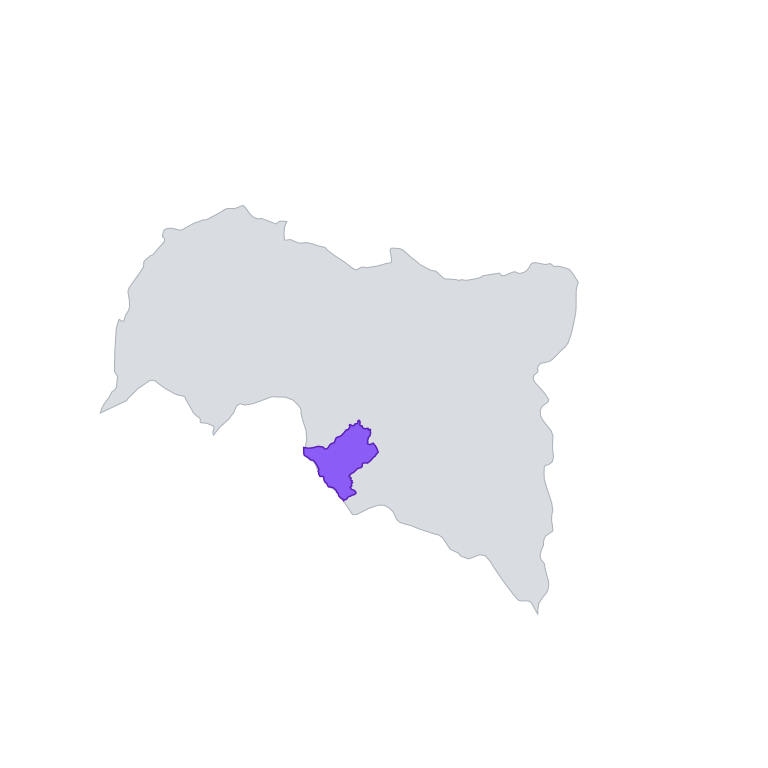 Basse-Kotto on a map of Central African Republic (Natural Earth projection), rotated 41°
{"feature_id": "CAF-794", "entity_name": "Basse-Kotto", "entity_type": "Prefecture", "adm_level": 1, "iso_a3": "CAF", "parent_name": "Central African Republic", "parent_adm1": "", "projection": "natural_earth1", "projection_center": [21.411, 4.979], "detail": "fine", "context": "in_parent", "style": "filled", "palette": "violet", "viewbox_px": 768, "rotation_deg": 41, "n_neighbors": 0, "source": "natural_earth", "source_scale": "10m", "svg_char_len": 7528}
<svg xmlns="http://www.w3.org/2000/svg" viewBox="0 0 768 768"><g transform="rotate(41 384 384)"><path d="M512.5,285.9L518.6,287.7L519.6,289.9L518.0,296.9L519.1,301.3L522.6,305.0L526.0,306.6L529.3,307.5L540.9,309.7L545.6,312.3L552.0,320.6L559.9,328.0L561.9,332.0L561.5,335.6L559.2,340.0L559.6,341.8L563.2,346.2L567.4,350.7L575.1,355.7L588.3,363.5L594.4,368.7L596.5,372.7L599.9,377.0L604.6,380.9L607.8,384.0L605.7,392.6L606.3,395.4L607.5,397.8L610.3,401.2L611.4,405.5L614.2,411.0L617.4,413.4L622.9,414.4L625.8,416.9L631.8,421.2L637.6,424.9L640.1,427.5L641.6,429.8L643.0,432.5L643.6,435.1L643.8,440.9L644.8,448.1L647.9,453.1L650.9,456.8L639.0,452.5L637.2,452.4L635.1,453.2L628.9,458.4L626.9,459.0L619.1,457.9L600.2,453.8L585.7,449.9L581.3,448.4L573.5,447.1L568.4,449.8L563.6,459.0L562.2,460.8L554.6,463.5L551.1,462.8L542.3,465.3L528.8,461.5L524.0,462.2L520.2,464.2L510.5,468.3L504.6,470.7L497.7,472.9L491.2,476.2L486.8,478.0L482.5,478.0L478.7,476.1L474.4,474.5L469.4,474.2L464.1,475.1L459.6,478.8L457.8,481.4L453.9,488.4L449.3,499.7L447.5,502.0L445.9,503.2L424.7,497.5L415.6,496.2L409.5,498.0L401.7,494.8L398.4,494.2L396.8,495.2L392.5,493.8L385.5,489.9L378.8,488.3L372.8,488.9L369.1,487.6L366.2,483.8L362.4,476.9L355.5,470.1L346.3,464.6L340.5,460.5L338.2,457.7L333.3,456.2L325.6,455.9L318.3,458.6L307.8,467.1L298.1,484.7L292.6,491.4L288.3,493.1L287.2,497.4L289.3,504.1L289.9,511.8L288.4,525.0L288.9,534.5L286.6,533.0L284.4,528.5L283.3,527.6L276.9,529.6L273.6,531.4L271.8,533.2L270.4,533.5L268.4,531.0L266.8,530.6L264.2,531.0L261.6,531.0L260.0,530.7L258.9,530.9L255.8,529.5L244.8,525.8L242.9,524.5L240.7,524.7L234.9,527.9L231.9,528.8L222.7,530.8L212.9,531.7L209.2,531.8L206.6,533.2L204.9,535.2L201.8,547.4L201.0,549.4L201.2,552.5L200.3,562.2L200.7,565.3L188.9,592.1L187.0,587.6L185.8,582.4L185.3,576.4L185.6,574.8L184.8,573.0L183.8,568.1L184.8,565.0L184.0,561.7L181.7,558.4L179.7,555.9L178.5,553.7L177.5,552.7L175.2,552.4L172.1,551.2L159.1,535.5L145.6,517.9L142.9,512.2L141.7,508.9L145.1,508.5L145.9,507.9L145.9,506.3L143.9,501.8L142.9,496.1L141.3,492.5L136.0,487.1L130.9,483.0L129.3,480.9L128.4,477.9L126.5,458.8L125.6,453.4L124.0,451.0L122.9,450.0L122.5,448.6L122.7,445.2L123.4,442.2L123.3,441.0L124.7,438.3L124.8,420.7L123.1,418.3L120.1,418.2L118.5,415.7L117.1,412.4L117.6,410.1L120.5,406.6L122.4,405.2L128.2,402.3L129.9,400.9L130.9,399.2L131.6,396.8L134.9,387.8L139.9,378.7L142.1,376.9L147.2,363.6L148.4,360.2L149.2,356.8L150.9,354.0L156.3,349.5L160.5,341.6L165.0,342.0L169.6,343.3L175.5,343.9L180.1,342.4L183.2,339.3L197.5,334.0L198.5,329.7L200.8,327.5L203.4,325.6L204.3,325.3L204.5,326.7L206.1,331.1L209.4,335.5L214.1,340.3L215.5,340.0L218.5,336.4L226.0,334.1L227.9,333.1L233.2,327.8L239.6,324.4L243.3,323.2L249.7,319.7L254.3,320.1L261.7,319.6L273.9,317.9L282.8,317.4L287.3,316.7L288.4,316.0L290.2,310.9L291.5,309.5L294.9,307.3L301.4,299.6L305.7,293.1L307.0,290.7L307.9,290.3L309.7,287.6L307.9,284.8L300.6,279.0L300.7,278.2L300.3,277.2L300.7,276.4L303.5,274.1L307.2,271.4L311.3,270.4L321.7,270.6L330.6,270.1L332.7,270.2L339.7,268.8L344.4,267.6L349.3,264.8L360.4,265.1L369.6,258.1L372.3,256.8L373.4,255.7L373.8,254.6L378.1,251.8L382.9,246.0L386.7,240.8L387.8,237.1L398.2,224.7L401.8,224.9L403.6,223.4L407.8,215.1L409.0,213.5L413.3,212.1L415.4,209.6L417.2,206.0L417.2,201.4L416.4,197.8L416.4,196.0L417.4,194.4L419.0,192.8L426.9,188.3L429.0,186.1L430.2,184.2L432.4,183.8L434.8,184.0L436.3,182.8L438.1,180.8L443.5,178.0L448.6,175.9L454.0,176.8L463.6,179.6L466.5,185.5L467.9,187.6L479.9,201.6L482.2,204.9L488.1,215.1L491.8,222.0L495.9,231.9L496.4,237.3L495.8,241.9L495.0,254.9L493.9,258.7L488.7,265.7L488.5,268.9L489.6,271.5L491.2,272.6L492.1,273.9L491.5,280.0L493.4,282.4L497.4,283.9L507.3,285.0L512.5,285.9Z" fill="#d9dde1" stroke="#a8b0b8" stroke-width="1"/><path d="M371.0,490.1L370.1,489.8L369.2,489.2L365.0,484.6L368.7,482.3L369.7,481.5L372.0,478.9L375.0,474.6L375.5,474.0L377.2,473.0L378.8,471.9L379.4,471.6L380.0,471.5L380.8,471.8L381.3,471.9L381.9,471.8L382.5,471.4L383.0,470.9L383.4,470.0L383.5,469.1L383.5,468.4L383.1,465.6L383.1,464.9L383.2,464.2L383.4,463.5L384.4,461.9L384.7,461.3L384.8,460.9L384.7,460.4L384.6,459.8L383.6,457.3L383.4,456.7L383.3,456.1L383.4,455.5L383.6,454.8L384.0,454.2L385.0,452.6L385.4,451.8L385.6,450.9L385.8,447.0L385.6,444.0L385.7,443.3L386.1,442.8L386.7,442.1L386.9,441.9L386.9,441.7L386.6,440.7L386.6,440.3L386.6,439.3L386.6,439.0L386.4,438.8L386.2,438.6L386.0,438.4L385.3,438.1L385.2,438.1L385.1,437.9L385.0,437.7L384.9,437.5L384.8,437.3L384.9,437.0L385.1,436.8L385.6,436.7L387.7,436.2L388.0,436.0L388.2,435.8L388.4,435.6L388.5,435.3L388.5,434.9L388.3,433.7L388.3,433.4L388.3,433.2L388.5,432.9L389.3,432.0L389.5,431.7L389.6,431.3L389.7,431.0L389.7,430.7L389.6,430.4L389.4,430.1L389.0,429.5L388.8,429.2L388.6,428.8L388.6,428.4L388.7,428.1L388.9,427.8L389.2,427.7L389.4,427.7L389.8,427.8L390.2,428.0L390.8,428.4L391.2,428.7L391.5,429.1L392.1,430.4L392.4,430.7L392.7,430.8L393.4,430.8L393.8,430.7L394.1,430.6L394.4,430.2L394.6,430.1L394.8,430.0L395.1,430.1L396.4,430.9L396.9,431.0L397.5,430.9L398.0,430.7L399.5,429.8L399.7,429.5L400.6,428.4L400.8,428.1L401.1,427.9L401.3,427.9L401.5,428.1L402.0,428.7L402.2,428.8L402.6,428.7L402.8,428.5L403.0,428.1L403.3,427.5L403.4,427.3L403.6,427.2L403.8,427.4L404.3,428.3L404.7,428.7L405.2,429.0L405.6,429.3L406.1,429.9L406.5,430.9L407.2,431.9L407.3,432.3L407.4,432.8L407.4,433.3L407.3,433.6L407.3,433.9L407.2,434.2L407.3,434.5L408.2,436.2L408.3,436.7L408.7,437.6L409.7,438.1L409.8,438.2L410.5,439.5L410.8,439.7L411.1,439.8L411.5,439.8L412.1,439.6L413.4,438.6L414.6,435.8L418.1,436.3L420.8,437.3L424.4,439.3L424.3,441.7L424.4,442.9L424.4,443.4L424.5,443.6L424.7,443.8L424.7,444.1L424.6,444.6L424.2,445.4L424.2,445.9L424.1,451.0L423.6,453.7L423.4,454.5L422.8,455.0L421.6,455.8L420.2,457.3L419.9,457.8L420.1,458.5L421.2,459.9L421.6,460.7L421.6,461.7L421.3,462.5L419.8,464.7L419.5,465.3L419.1,470.4L419.0,471.1L418.4,471.9L418.1,473.0L418.0,473.4L417.9,473.9L418.2,474.6L418.0,474.9L417.8,475.2L417.6,475.6L417.9,476.4L418.5,476.8L419.2,476.8L419.7,476.4L419.9,476.4L420.0,476.7L420.2,476.9L420.4,477.0L421.0,476.7L421.2,477.0L421.3,477.7L422.2,478.3L422.7,478.4L423.3,478.0L423.5,478.5L423.7,478.8L424.2,479.3L424.2,479.2L424.5,479.0L424.8,478.9L425.0,479.0L425.1,479.3L425.0,479.5L424.8,479.7L424.7,479.8L425.0,480.8L425.6,481.4L426.2,481.8L426.7,482.6L426.6,483.1L426.1,483.8L426.1,484.2L426.5,484.4L427.6,484.6L428.0,484.7L428.5,484.9L430.9,483.9L432.6,483.8L433.9,484.2L434.6,485.2L434.0,487.2L432.9,488.8L432.5,489.6L432.3,490.6L432.2,490.9L431.3,491.9L431.2,492.3L431.1,492.9L431.3,495.3L431.2,495.7L430.9,496.4L430.6,496.9L430.3,497.3L430.1,497.7L430.1,498.6L428.9,498.1L428.6,498.0L428.1,498.0L427.9,498.1L427.7,498.2L427.3,498.3L426.4,498.5L424.0,498.3L423.1,498.1L422.4,497.6L421.8,497.1L421.1,496.7L420.7,496.6L419.5,496.7L419.1,496.6L418.9,496.4L418.8,496.2L418.6,496.0L417.7,495.6L417.1,495.6L415.7,495.7L414.1,495.5L413.4,495.6L409.5,498.0L409.1,497.8L408.2,497.7L407.8,497.6L407.5,497.4L407.2,497.1L406.8,496.8L406.3,496.7L404.5,496.8L403.7,496.7L402.8,496.4L402.1,496.0L400.1,494.6L399.9,494.2L399.6,493.9L399.2,493.7L398.7,493.8L398.3,493.9L398.0,494.1L397.7,494.4L397.4,494.7L397.2,495.1L396.9,495.4L396.5,495.7L396.0,495.7L395.7,495.5L395.4,495.2L395.0,495.0L394.1,495.0L393.8,494.8L393.5,494.1L393.0,493.8L392.0,493.4L391.6,492.8L390.8,491.1L390.5,490.8L389.8,490.6L385.8,489.0L382.0,488.0L380.4,488.1L379.9,488.5L379.4,488.9L378.8,489.3L377.8,489.5L374.5,489.5L371.0,490.1Z" fill="#8b5cf6" stroke="#5b21b6" stroke-width="1.5"/></g></svg>